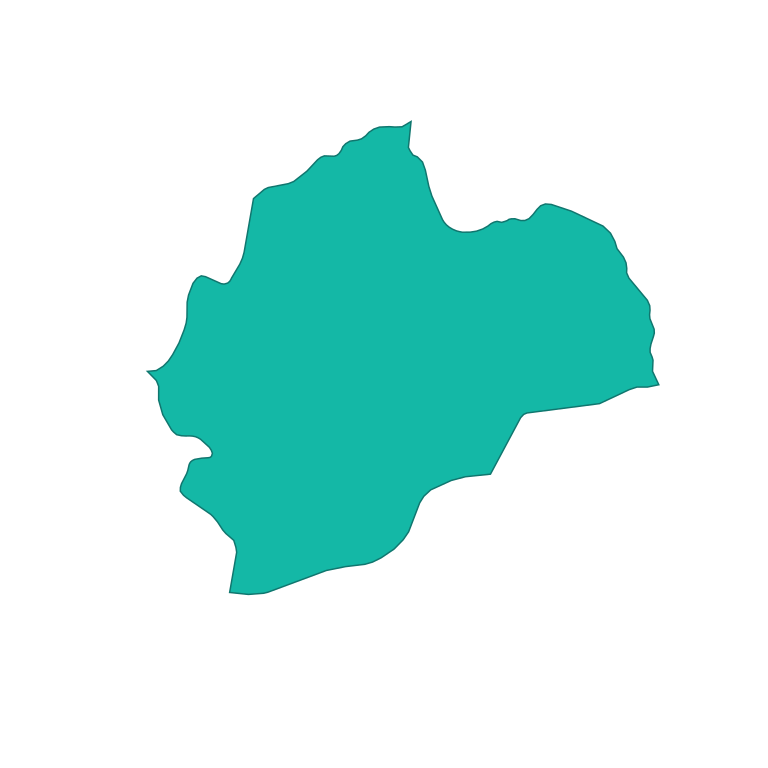 the border of Paraguarí, rotated 218°
{"feature_id": "PRY-611", "entity_name": "Paraguarí", "entity_type": "Department", "adm_level": 1, "iso_a3": "PRY", "parent_name": "Paraguay", "parent_adm1": "", "projection": "orthographic", "projection_center": [-57.025, -26.024], "detail": "fine", "context": "isolated", "style": "filled", "palette": "teal", "viewbox_px": 768, "rotation_deg": 218, "n_neighbors": 0, "source": "natural_earth", "source_scale": "10m", "svg_char_len": 2331}
<svg xmlns="http://www.w3.org/2000/svg" viewBox="0 0 768 768"><g transform="rotate(218 384 384)"><path d="M539.4,223.6L551.7,232.6L560.1,243.4L563.4,245.4L565.6,246.6L578.2,248.3L571.7,254.4L568.9,262.2L568.1,269.3L568.6,276.9L570.8,290.1L574.8,303.6L577.4,310.2L580.3,315.2L589.5,327.3L592.8,333.8L596.5,345.8L596.5,352.3L594.6,356.7L590.7,358.7L574.1,362.8L571.5,364.3L569.3,367.3L568.8,369.9L569.0,372.3L569.3,373.2L571.4,389.7L573.0,396.0L575.3,401.6L601.0,449.8L598.1,463.7L596.2,467.5L582.7,483.0L579.8,488.0L575.8,504.2L574.4,519.8L573.4,523.7L571.5,527.0L563.5,532.8L562.0,535.0L561.3,537.7L561.5,541.8L562.5,545.7L562.1,549.9L560.3,554.5L555.1,559.8L552.7,563.3L551.2,568.3L550.8,573.1L549.0,578.6L545.7,583.7L538.2,590.1L533.6,593.2L528.1,597.8L524.3,607.5L510.4,585.4L507.0,583.8L502.1,582.2L497.6,583.5L490.3,582.6L483.1,578.0L470.3,567.3L462.0,561.6L439.0,549.5L436.2,548.5L432.8,547.8L429.1,547.7L425.2,548.2L421.1,549.3L418.2,550.6L415.8,551.8L409.7,556.6L405.2,561.4L401.6,567.0L399.4,572.3L398.4,576.3L396.9,579.4L395.0,581.8L390.8,583.8L388.8,586.6L387.5,588.7L386.9,590.7L385.4,592.5L382.6,594.8L376.9,597.0L373.6,599.6L371.5,603.6L370.9,609.3L370.9,615.9L370.3,620.9L367.7,625.2L362.7,628.5L342.7,635.6L308.6,643.3L298.4,642.3L289.9,638.5L283.7,634.1L273.4,631.4L267.9,628.5L263.9,624.6L261.3,621.0L256.1,618.2L228.0,612.1L222.8,609.3L219.8,605.9L217.4,602.1L214.7,599.2L204.9,593.5L202.3,590.5L201.0,587.5L198.2,579.8L196.1,575.7L193.8,572.8L189.3,570.3L186.7,568.4L180.2,559.3L167.0,552.6L174.5,543.8L182.8,537.3L187.3,530.5L202.1,501.2L253.5,449.2L255.2,446.1L255.6,441.6L244.6,378.5L262.8,361.0L271.6,349.4L282.0,329.4L283.5,320.0L282.7,312.3L273.6,282.7L273.0,273.1L274.4,260.3L279.2,245.4L283.4,236.6L288.1,230.1L301.9,216.4L314.6,201.6L347.4,148.3L350.0,145.0L361.3,134.7L377.3,124.7L396.5,160.7L400.1,164.1L406.1,168.3L416.5,168.8L421.2,169.7L430.2,172.8L437.1,174.3L440.4,174.6L469.5,172.8L473.5,172.9L478.5,174.1L480.8,177.2L482.2,180.8L484.3,191.8L485.4,195.1L487.8,200.2L488.3,201.9L488.4,203.8L487.9,205.8L486.8,208.0L482.0,213.3L477.1,217.7L475.7,219.3L475.5,221.0L476.6,223.8L479.4,225.5L482.6,226.6L494.5,227.5L497.2,227.2L500.1,226.4L502.9,225.0L505.4,223.3L508.2,221.0L511.8,218.5L516.2,216.4L520.3,216.6L523.2,217.1L539.4,223.6Z" fill="#14b8a6" stroke="#0f766e" stroke-width="1.5"/></g></svg>